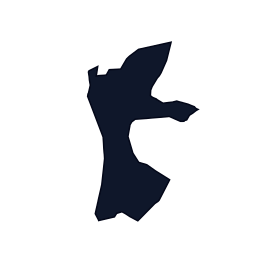 the district of Mawza', Ta`izz, Yemen, rotated 206°
{"feature_id": "15242507B74407573652293", "entity_name": "Mawza'", "entity_type": "district", "adm_level": 2, "iso_a3": "YEM", "parent_name": "Yemen", "parent_adm1": "Ta`izz", "projection": "natural_earth1", "projection_center": [43.597, 13.366], "detail": "fine", "context": "isolated", "style": "filled", "palette": "ink", "viewbox_px": 256, "rotation_deg": 206, "n_neighbors": 0, "source": "geoboundaries", "source_scale": "gbopen_adm2", "svg_char_len": 1687}
<svg xmlns="http://www.w3.org/2000/svg" viewBox="0 0 256 256"><g transform="rotate(206 128 128)"><path d="M178.8,142.1L178.9,141.4L178.7,140.5L178.6,140.2L178.3,139.3L178.2,138.8L172.5,133.5L151.3,113.6L146.4,109.0L143.3,103.6L141.2,99.8L140.1,97.9L139.0,96.0L138.0,94.4L137.9,94.3L135.6,90.2L131.7,79.5L127.0,66.4L126.8,66.0L125.3,59.7L123.4,51.5L122.8,49.1L122.5,48.1L122.4,47.4L121.8,45.0L120.3,38.5L119.8,36.6L114.0,32.3L113.8,32.0L113.4,32.3L112.3,33.2L109.1,35.8L101.2,42.2L101.2,42.3L101.2,42.6L100.8,46.3L96.7,50.1L92.8,49.9L87.2,49.2L86.2,49.2L78.5,48.9L70.8,71.9L68.9,75.2L68.4,76.8L67.9,99.7L84.8,101.5L86.5,101.8L95.0,103.2L103.3,101.8L112.6,107.5L124.3,120.3L124.5,120.9L125.6,124.7L127.1,130.1L127.6,131.7L127.3,135.4L126.4,137.0L125.4,139.1L125.0,139.3L116.0,144.5L115.8,144.6L111.4,147.3L103.4,152.0L97.9,155.3L96.0,156.5L91.5,156.7L90.3,156.7L88.4,156.8L83.8,157.0L81.0,158.4L80.7,158.6L80.5,158.9L80.6,159.3L79.6,160.3L78.9,160.9L78.8,161.0L78.4,166.4L76.3,169.8L74.7,173.1L74.6,173.3L73.2,175.4L75.3,175.3L76.6,175.7L77.6,176.2L81.2,175.9L84.5,175.7L86.1,175.4L88.3,175.0L88.5,174.9L89.9,174.7L90.0,174.7L92.0,174.3L93.3,174.0L96.0,173.6L98.6,171.4L99.1,170.9L102.5,168.8L107.4,165.6L113.2,166.1L114.2,166.2L115.1,166.2L115.2,166.5L119.0,166.3L119.5,166.3L122.1,166.9L124.2,172.0L124.5,175.9L123.6,185.8L122.8,188.7L122.5,192.1L123.0,205.6L126.9,224.0L153.0,203.3L158.0,193.5L158.6,192.0L159.5,189.4L160.4,177.7L170.4,172.2L170.7,166.2L172.2,165.1L177.2,162.3L179.1,160.8L179.3,160.7L182.2,170.0L183.1,168.8L188.1,162.3L188.1,161.0L185.4,157.1L184.4,155.4L183.7,154.2L180.8,150.2L180.6,149.8L178.8,142.1Z" fill="#0f172a" stroke="#020617" stroke-width="1.5"/></g></svg>